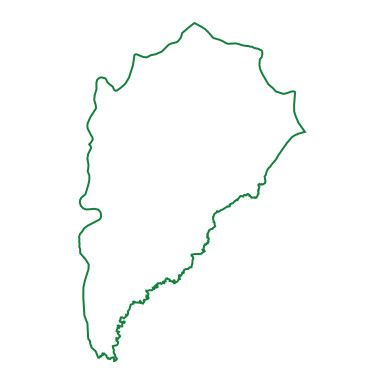 Na Khu, Kalasin, Thailand
{"feature_id": "78962969B7237235401003", "entity_name": "Na Khu", "entity_type": "district", "adm_level": 2, "iso_a3": "THA", "parent_name": "Thailand", "parent_adm1": "Kalasin", "projection": "albers", "projection_center": [104.002, 16.745], "detail": "fine", "context": "isolated", "style": "outline", "palette": "green", "viewbox_px": 384, "rotation_deg": 0, "n_neighbors": 0, "source": "geoboundaries", "source_scale": "gbopen_adm2", "svg_char_len": 5969}
<svg xmlns="http://www.w3.org/2000/svg" viewBox="0 0 384 384"><path d="M268.3,84.2L262.3,73.9L260.1,69.0L259.4,64.9L259.8,60.1L260.3,58.9L261.6,57.3L262.3,54.6L262.3,52.3L262.0,51.1L261.2,50.2L259.8,49.8L258.6,48.9L254.3,48.0L252.0,46.7L249.6,46.6L248.5,46.0L246.2,46.0L242.7,45.3L237.0,43.6L235.6,43.4L228.3,43.8L226.1,43.2L223.0,41.3L219.3,39.7L213.3,38.0L208.0,31.9L204.8,28.9L203.0,27.7L194.5,23.0L189.1,27.1L182.2,33.0L180.8,37.8L177.9,41.4L176.3,42.3L171.3,43.5L168.6,44.8L161.7,51.7L155.4,54.3L150.5,55.3L148.5,56.5L146.2,57.4L143.2,57.0L136.7,54.3L135.6,54.3L134.9,54.7L134.4,55.3L133.0,65.1L129.0,77.7L125.9,82.8L124.4,84.6L120.6,87.9L117.1,90.4L115.9,90.8L114.6,90.3L113.9,89.4L112.8,86.7L109.7,84.4L107.4,82.2L106.0,79.3L105.0,78.2L101.5,77.4L100.3,77.5L98.3,78.6L97.1,80.0L96.4,82.7L96.5,89.1L94.7,95.1L94.2,99.9L95.6,104.6L96.1,107.7L95.7,108.9L90.3,117.2L87.6,123.5L87.4,125.3L87.6,128.4L91.1,135.3L92.4,137.4L92.7,139.0L92.7,139.6L91.6,141.5L90.2,143.5L89.2,144.3L90.7,146.4L91.1,148.0L88.2,153.9L87.4,158.5L88.5,164.9L88.2,168.9L87.7,171.1L89.4,175.7L89.3,180.2L88.4,184.6L85.5,194.0L84.5,195.1L81.7,197.3L81.1,198.2L80.2,199.8L79.8,202.4L80.8,205.8L83.0,208.1L84.7,209.0L86.7,209.5L94.6,208.8L97.8,209.5L99.1,210.5L100.3,212.1L100.8,213.1L101.1,216.2L100.6,218.1L99.4,219.6L87.7,225.7L84.5,228.0L83.7,228.9L82.5,231.1L80.0,234.0L79.1,236.7L79.4,239.1L79.2,242.0L79.6,243.5L79.3,246.8L80.2,249.3L80.2,253.2L85.4,259.2L88.7,264.4L88.5,269.2L84.9,280.6L83.4,287.4L83.3,297.6L84.4,315.4L86.0,320.0L87.4,323.1L88.1,336.9L88.4,339.1L89.8,340.5L89.8,341.3L90.3,342.0L90.1,343.0L90.5,344.8L91.2,345.7L91.2,346.8L92.5,348.5L95.2,350.8L96.0,352.0L98.1,357.5L99.0,357.8L99.8,357.1L100.3,356.0L101.0,356.4L101.4,355.7L102.2,355.3L102.4,354.8L102.9,355.0L103.0,354.8L102.3,354.0L102.5,353.4L104.3,353.6L104.4,354.3L105.4,354.6L106.4,355.5L106.7,357.1L107.7,358.4L108.3,358.1L108.6,358.7L109.9,359.0L109.8,358.6L110.8,358.3L111.9,357.6L113.2,357.4L114.1,358.7L114.1,361.0L115.0,360.8L116.7,359.5L116.9,359.0L116.7,358.4L115.1,356.4L115.1,354.8L113.9,353.3L113.6,351.9L113.9,349.8L113.0,347.8L112.8,346.2L113.3,345.9L116.6,345.3L117.1,345.0L118.0,343.2L118.2,342.2L117.9,341.7L116.5,340.9L116.3,338.2L116.7,338.1L117.3,339.3L117.5,339.4L118.3,338.5L119.0,337.3L120.0,336.5L119.9,335.8L118.4,334.3L117.8,333.3L119.0,331.9L118.2,331.5L116.6,331.3L116.9,329.7L117.5,328.7L117.5,327.9L117.9,327.7L118.9,328.1L119.3,327.1L118.2,326.7L117.7,325.7L118.5,325.4L120.9,326.5L122.3,326.4L122.3,323.1L122.7,322.8L124.2,322.9L124.7,322.2L124.7,321.7L123.8,321.5L123.0,321.9L120.9,322.1L119.8,321.5L119.6,320.8L119.9,320.2L120.5,319.8L120.6,317.7L121.0,317.3L122.1,317.3L124.1,318.3L126.2,316.2L126.0,314.7L126.4,314.6L127.4,315.1L127.9,314.1L128.1,312.7L127.8,311.3L129.1,309.8L129.6,308.8L130.7,304.7L133.6,303.6L133.7,302.7L133.1,301.9L133.4,301.7L134.4,301.6L135.7,302.5L139.0,302.6L140.3,303.0L140.5,302.6L139.8,301.2L140.1,300.9L140.9,301.7L141.3,302.6L142.7,303.6L143.1,303.5L143.6,302.5L144.3,301.8L143.7,300.8L144.1,299.8L145.3,299.8L146.8,299.3L147.8,298.6L148.4,298.6L148.6,298.2L148.3,297.4L147.1,297.9L146.7,297.7L146.3,297.1L146.5,295.9L147.2,296.6L147.6,296.5L148.1,295.4L148.4,294.0L148.2,293.4L146.3,291.4L146.3,290.7L147.6,290.7L149.9,290.2L152.0,290.3L152.9,289.0L153.9,289.0L153.8,288.5L152.9,288.0L152.8,287.7L153.8,287.6L154.8,286.1L155.2,286.1L155.4,286.6L155.1,287.9L157.5,287.2L157.7,286.8L157.5,286.3L156.5,286.5L156.1,286.3L156.0,285.0L156.3,284.8L157.4,285.0L157.4,283.7L157.8,283.3L159.3,283.4L160.6,282.9L161.3,284.0L162.6,283.1L164.2,283.2L164.2,282.7L163.1,282.3L163.0,281.8L164.3,281.3L165.6,281.4L165.5,279.7L166.4,278.4L167.1,278.3L167.7,279.0L169.3,279.3L169.8,280.1L169.6,281.0L171.8,281.2L173.0,282.1L173.3,282.0L173.8,280.4L174.4,280.3L174.7,281.4L173.9,282.8L174.2,283.3L177.2,281.6L178.1,280.5L178.4,279.3L179.9,279.0L179.9,278.5L178.9,277.7L178.9,275.4L179.6,275.2L180.0,276.2L180.5,276.1L181.7,274.8L182.1,272.7L182.6,272.4L183.4,273.0L183.8,272.8L183.8,270.7L184.4,269.6L186.7,268.9L188.2,269.0L189.4,267.4L191.5,267.3L191.7,265.5L192.4,263.6L192.5,260.5L193.3,258.2L193.1,257.2L191.5,255.6L191.6,254.7L195.4,253.9L198.2,254.1L201.1,253.8L202.6,252.5L203.8,252.0L203.9,251.5L204.6,251.1L204.1,250.7L204.1,250.4L203.2,250.4L202.7,249.9L203.1,249.8L203.3,249.3L203.8,249.4L203.5,248.4L203.8,247.8L203.9,246.7L204.2,246.6L204.1,245.6L204.7,244.9L205.1,244.9L205.1,244.3L206.3,244.3L206.7,243.2L207.5,243.3L207.5,242.6L208.1,242.5L208.2,241.7L208.6,241.4L208.1,240.5L208.8,238.9L208.5,237.8L207.8,237.9L207.4,237.6L207.6,237.3L207.2,236.2L207.9,235.8L207.8,234.3L207.3,234.0L207.8,233.2L208.2,232.9L208.9,230.6L209.4,230.5L209.5,230.1L211.2,228.9L212.2,229.0L212.9,228.5L213.0,227.9L215.2,226.4L214.7,225.1L214.5,222.6L213.6,222.1L214.0,221.5L213.2,219.6L213.0,218.3L213.4,217.2L213.1,216.7L213.8,215.9L214.4,213.9L216.6,212.4L217.0,211.2L217.6,211.3L217.9,211.8L218.7,211.6L219.4,211.3L220.5,210.3L222.9,209.4L227.3,206.5L227.7,206.8L228.1,206.4L229.8,206.3L230.1,205.3L229.8,204.6L230.3,204.4L230.4,204.0L233.0,203.1L234.0,201.8L235.1,201.2L235.1,200.9L235.8,200.3L237.4,200.1L237.4,199.2L238.3,198.9L240.4,196.0L243.3,196.5L243.3,196.0L244.2,194.9L245.1,194.9L245.8,195.4L246.7,195.1L247.4,194.0L248.2,194.0L249.8,195.4L249.6,195.7L250.0,195.8L250.2,196.4L251.1,196.8L251.5,197.7L254.9,197.4L255.0,197.9L255.6,197.9L256.5,197.6L256.8,196.8L257.5,196.0L257.7,194.7L258.6,193.9L258.3,193.1L258.5,192.0L258.1,191.2L258.2,190.1L258.8,189.8L258.6,189.3L259.4,187.0L258.3,185.1L259.4,183.9L260.6,184.6L261.6,184.6L261.8,184.1L262.8,184.5L264.9,183.2L264.9,182.5L265.5,181.6L264.6,176.5L265.8,174.9L266.6,171.6L267.7,169.3L268.8,167.8L270.0,166.9L272.0,164.1L275.9,159.6L278.4,155.2L287.2,142.6L292.2,136.9L294.8,135.3L298.4,133.7L304.9,131.9L298.4,122.6L295.6,116.0L294.2,111.5L294.1,105.2L295.0,93.2L294.9,91.9L293.7,91.3L291.1,91.6L286.5,93.3L283.4,93.9L275.7,91.4L273.5,88.7L268.3,84.2Z" fill="none" stroke="#15803d" stroke-width="2"/></svg>